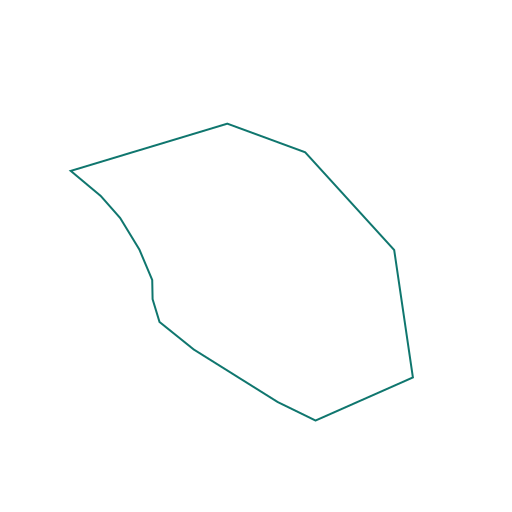 the border of Dunaújváros, rotated 128°
{"feature_id": "HUN-4925", "entity_name": "Dunaújváros", "entity_type": "Urban county", "adm_level": 1, "iso_a3": "HUN", "parent_name": "Hungary", "parent_adm1": "", "projection": "mercator", "projection_center": [18.923, 46.932], "detail": "fine", "context": "isolated", "style": "outline", "palette": "teal", "viewbox_px": 512, "rotation_deg": 128, "n_neighbors": 0, "source": "natural_earth", "source_scale": "10m", "svg_char_len": 345}
<svg xmlns="http://www.w3.org/2000/svg" viewBox="0 0 512 512"><g transform="rotate(128 256 256)"><path d="M349.0,107.8L357.7,148.8L368.0,247.4L367.4,291.4L353.7,310.9L338.8,323.0L322.7,351.9L309.7,386.4L304.3,415.2L303.0,454.4L169.4,360.1L144.0,281.1L166.2,150.8L255.1,57.6L349.0,107.8Z" fill="none" stroke="#0f766e" stroke-width="2"/></g></svg>